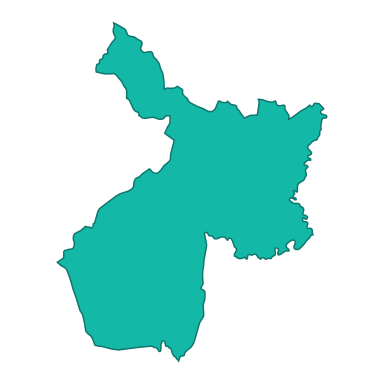 outline of Bao Loc, Lâm Đồng, Vietnam
{"feature_id": "81297802B17535514855325", "entity_name": "Bao Loc", "entity_type": "district", "adm_level": 2, "iso_a3": "VNM", "parent_name": "Vietnam", "parent_adm1": "Lâm Đồng", "projection": "robinson", "projection_center": [107.813, 11.546], "detail": "fine", "context": "isolated", "style": "filled", "palette": "teal", "viewbox_px": 384, "rotation_deg": 0, "n_neighbors": 0, "source": "geoboundaries", "source_scale": "gbopen_adm2", "svg_char_len": 5995}
<svg xmlns="http://www.w3.org/2000/svg" viewBox="0 0 384 384"><path d="M57.3,262.3L60.9,265.5L64.5,267.5L66.1,268.8L67.5,271.5L70.1,278.7L73.5,290.5L76.1,297.6L80.0,310.5L82.1,313.7L82.7,315.2L84.8,324.3L85.4,329.2L86.2,331.8L87.8,333.6L91.3,336.4L92.9,339.4L93.9,342.6L95.0,345.2L97.9,346.0L102.5,346.6L112.5,349.2L115.7,349.5L118.1,350.0L138.7,347.3L150.1,346.2L152.1,346.3L154.3,347.4L156.3,347.8L157.7,349.0L158.8,351.2L159.7,351.5L160.4,351.1L160.9,349.9L161.0,344.2L162.3,341.2L163.3,340.8L164.0,341.0L164.8,341.9L165.7,345.9L166.1,346.2L167.8,346.3L169.1,347.8L171.0,348.7L172.1,352.7L173.6,355.6L174.2,356.3L175.8,357.3L176.6,358.8L177.4,359.4L178.6,361.0L180.1,356.7L180.5,356.3L183.2,355.8L184.2,355.2L185.0,352.4L187.5,350.0L190.7,347.5L192.1,345.8L193.7,342.9L194.6,340.3L199.6,322.8L203.5,316.5L203.7,314.1L203.2,306.2L203.6,303.2L204.5,300.5L204.9,298.1L205.0,292.4L204.8,291.3L202.9,289.8L201.6,289.3L200.8,288.3L203.1,283.5L202.5,276.1L202.7,271.2L203.6,265.5L203.8,261.3L206.6,245.8L206.3,243.0L204.4,233.3L205.8,232.4L207.0,232.5L209.1,235.7L212.4,236.1L214.3,238.6L214.9,238.9L217.8,238.6L219.7,237.5L221.7,236.9L224.7,237.1L227.4,240.2L228.0,239.9L228.6,238.5L229.0,238.2L230.4,238.3L231.2,238.7L232.5,241.0L234.4,246.7L236.0,248.1L236.4,248.8L236.4,250.5L234.5,254.0L234.3,255.2L234.7,256.3L236.1,256.7L237.4,258.0L239.5,258.6L241.6,258.5L245.0,257.3L245.6,257.7L245.9,258.8L246.5,259.2L247.3,258.6L247.8,255.6L248.6,254.6L249.1,254.4L251.6,255.2L254.5,254.2L255.7,254.2L256.3,254.6L258.2,257.6L260.7,259.2L261.2,258.2L262.3,257.6L263.7,257.8L265.8,259.3L268.0,258.4L271.1,258.5L272.4,256.5L274.9,255.2L275.5,253.1L274.8,249.2L275.1,248.6L276.1,247.9L277.3,248.1L278.3,248.9L278.5,250.1L277.8,253.6L278.0,254.5L278.7,254.9L280.6,254.3L285.6,250.9L288.8,251.0L289.0,250.5L288.9,249.5L287.2,248.2L286.2,246.7L286.1,245.5L286.3,244.7L287.8,242.9L289.8,241.4L291.7,240.3L292.9,240.1L294.4,240.4L295.4,241.7L295.3,242.7L294.0,246.2L294.0,247.6L294.3,248.5L295.5,249.4L298.1,249.5L299.6,248.7L301.8,246.6L304.4,243.8L306.1,241.3L308.3,238.9L309.2,238.2L310.6,236.0L312.0,234.8L313.0,234.8L312.2,232.5L312.4,230.5L311.7,229.0L310.6,228.3L307.8,228.5L306.9,227.5L307.3,225.3L307.8,224.0L307.7,222.7L306.4,221.8L303.5,221.6L302.7,220.4L302.5,218.9L302.9,217.8L303.6,217.8L305.0,219.0L306.0,219.3L306.9,218.8L307.3,218.1L307.4,217.3L307.0,216.4L306.1,215.7L305.1,215.2L303.5,214.9L302.8,214.2L302.8,213.5L303.5,211.1L303.7,209.5L303.4,208.3L302.5,207.3L300.4,206.4L299.8,204.6L298.9,203.7L297.7,203.4L294.5,203.5L293.2,203.0L290.7,201.4L289.7,200.4L289.4,199.6L289.9,198.2L291.1,198.0L292.9,198.4L294.8,199.8L295.9,199.8L296.2,199.4L295.7,198.1L293.4,197.2L293.0,196.7L293.0,195.9L294.6,193.8L294.5,193.0L293.8,192.1L293.5,191.2L294.0,190.5L294.6,190.5L296.3,191.7L297.0,192.0L297.4,191.8L297.4,186.2L297.9,184.6L299.3,183.0L303.5,180.3L304.4,179.1L305.1,177.3L306.1,175.8L306.3,173.7L305.5,171.6L305.4,170.2L306.2,168.4L307.7,167.5L307.9,166.6L306.8,165.3L304.4,165.2L304.0,164.6L304.1,163.8L305.0,162.6L307.0,160.7L308.6,160.1L310.6,160.2L310.7,159.0L307.9,157.3L307.7,155.9L308.3,155.4L310.0,155.0L311.0,154.3L311.6,153.3L311.3,152.2L308.1,148.7L307.6,147.3L307.8,146.0L310.4,143.8L311.6,142.2L314.3,140.4L315.8,140.2L317.0,139.6L317.8,137.7L319.7,134.9L319.7,131.7L321.2,129.2L320.7,126.3L321.9,119.8L322.8,118.2L325.9,117.9L326.5,117.5L326.7,116.7L326.6,116.0L326.0,115.3L321.8,114.0L320.8,113.0L320.6,112.0L320.9,110.8L321.4,110.2L323.5,109.4L323.6,108.5L319.0,103.6L316.9,103.6L316.0,103.2L315.1,103.2L314.0,103.8L312.6,106.4L311.1,106.5L309.7,105.2L306.3,108.0L301.0,110.9L292.0,117.6L288.6,119.4L289.1,116.9L288.5,114.8L285.0,109.5L284.8,105.7L284.4,105.3L282.9,105.2L280.2,105.8L278.0,105.7L276.6,104.4L275.9,102.0L275.2,101.0L272.6,102.0L270.0,102.0L267.4,101.5L263.0,99.9L259.4,99.3L258.3,99.4L259.1,101.1L259.1,103.5L257.3,115.0L250.4,115.4L247.0,116.8L244.5,118.2L240.9,113.5L239.3,110.9L237.1,108.6L236.3,105.9L234.6,105.1L231.2,104.6L227.5,101.3L226.5,102.4L225.3,102.8L221.5,102.2L219.7,101.1L218.7,101.1L218.1,101.9L215.7,107.8L215.1,109.1L213.9,110.3L211.6,111.7L208.1,111.4L203.6,108.8L197.3,106.4L190.2,102.8L188.2,100.7L187.7,99.0L184.1,95.9L182.6,93.8L182.6,89.8L182.1,89.3L177.3,86.3L175.3,87.7L174.2,88.1L170.9,88.3L167.0,88.1L164.2,89.3L163.9,80.7L162.7,73.2L160.6,68.7L159.3,63.9L158.6,62.7L157.5,61.6L156.5,59.5L154.5,57.9L153.7,56.9L152.3,52.7L150.9,51.7L150.2,51.6L144.5,52.5L143.6,52.4L142.6,51.8L141.0,49.9L140.7,48.7L140.8,47.5L142.0,44.2L142.0,42.5L141.0,41.0L138.5,39.8L134.3,37.0L129.8,36.2L128.5,35.6L127.7,35.0L125.8,30.3L124.7,29.0L117.2,24.6L113.7,23.0L114.2,25.2L114.0,27.0L113.4,28.7L113.2,31.6L113.5,33.0L115.1,36.8L115.3,38.0L115.1,38.8L111.9,42.6L107.7,49.1L107.4,49.9L107.8,51.8L107.5,53.5L104.6,54.2L103.6,55.0L103.2,55.8L102.8,58.4L102.3,58.9L100.4,59.4L99.8,59.8L99.6,60.4L99.4,63.4L97.5,64.2L96.6,65.0L95.9,69.4L96.3,72.0L104.3,73.8L110.5,73.9L113.7,73.5L115.1,74.1L116.2,75.0L121.8,81.7L124.4,86.8L125.9,88.7L126.4,89.9L126.7,91.4L126.6,98.3L128.4,99.3L129.4,100.3L133.3,108.8L134.4,110.3L135.8,111.5L138.3,112.4L138.8,113.1L138.9,115.6L140.5,116.4L142.0,117.8L145.4,118.4L150.2,117.5L152.8,117.3L154.9,117.7L158.4,119.1L160.9,119.2L162.3,119.1L163.7,118.4L165.9,115.9L169.9,115.7L170.1,120.4L169.8,123.0L169.1,124.7L167.8,126.5L164.7,133.3L174.3,140.3L170.7,154.1L170.4,159.2L169.4,161.2L164.1,165.6L161.2,169.7L159.1,171.9L157.3,173.2L155.4,173.3L154.0,173.0L152.8,172.4L149.6,168.9L149.0,169.2L142.4,173.8L139.0,177.2L138.4,177.1L137.3,177.9L136.4,178.0L135.3,179.2L134.0,181.9L133.7,186.1L132.7,188.0L131.3,189.4L128.6,191.0L120.0,193.8L115.5,196.5L100.4,207.9L98.8,209.7L98.0,211.2L94.5,223.3L93.3,223.7L93.1,226.1L92.6,227.3L91.7,228.0L91.2,228.0L89.5,227.0L88.2,227.3L85.5,226.4L81.0,230.4L74.7,233.7L73.6,235.6L73.3,237.7L73.5,240.2L74.5,242.8L73.8,246.8L73.5,247.5L72.6,248.6L71.8,249.0L68.9,249.3L67.5,249.9L64.6,250.5L63.8,251.7L63.7,257.4L63.4,258.2L57.3,262.3Z" fill="#14b8a6" stroke="#0f766e" stroke-width="1.5"/></svg>